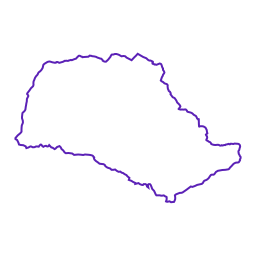 Rusca Montana, Caras-Severin, Romania (Albers equal-area conic projection)
{"feature_id": "2599482B76888345193799", "entity_name": "Rusca Montana", "entity_type": "district", "adm_level": 2, "iso_a3": "ROU", "parent_name": "Romania", "parent_adm1": "Caras-Severin", "projection": "albers", "projection_center": [22.446, 45.608], "detail": "fine", "context": "isolated", "style": "outline", "palette": "violet", "viewbox_px": 256, "rotation_deg": 0, "n_neighbors": 0, "source": "geoboundaries", "source_scale": "gbopen_adm2", "svg_char_len": 5730}
<svg xmlns="http://www.w3.org/2000/svg" viewBox="0 0 256 256"><path d="M197.2,184.9L201.8,183.9L203.1,182.7L203.6,181.5L204.4,180.7L206.5,179.9L207.5,179.2L208.4,178.4L208.7,178.1L210.1,176.0L210.9,175.0L211.7,174.7L213.6,174.7L214.4,174.1L216.0,171.9L217.9,170.8L222.3,170.0L225.4,169.8L228.4,169.3L229.3,168.7L229.8,167.8L231.6,166.0L233.5,163.9L234.1,163.5L235.4,162.8L236.2,162.6L238.0,162.5L238.8,162.2L239.4,161.3L240.0,160.3L239.9,160.0L239.9,159.4L240.4,158.7L240.6,157.9L240.6,157.3L240.5,156.7L239.8,155.9L239.5,155.0L238.7,153.7L238.7,152.9L238.4,151.9L238.5,151.2L238.7,150.6L239.1,150.2L239.3,149.7L239.6,148.3L240.1,146.8L240.1,146.2L239.9,145.2L239.3,144.5L239.0,144.2L238.7,144.0L237.9,143.8L236.3,143.7L234.9,143.6L234.4,143.6L233.5,144.0L230.8,143.7L230.5,143.8L230.2,144.2L229.3,144.3L229.0,144.1L228.8,143.9L228.5,143.9L226.9,144.4L225.7,144.6L225.3,145.0L225.1,145.1L224.5,145.0L223.9,145.1L222.6,145.5L221.7,145.2L221.0,145.6L220.4,145.6L219.8,145.5L218.8,144.9L217.9,144.8L217.5,144.8L215.4,145.0L214.0,144.9L213.1,144.7L211.4,144.1L211.2,143.9L210.7,142.8L210.3,142.4L209.7,142.0L208.8,141.7L208.2,141.2L207.6,140.8L206.9,140.5L206.6,140.3L206.3,140.0L206.3,139.8L206.7,138.9L207.1,138.1L207.2,137.7L207.0,136.4L206.6,136.0L206.5,135.6L206.0,135.0L205.9,134.6L206.1,134.4L207.1,133.6L207.3,133.4L207.4,133.2L207.1,132.7L206.7,130.1L206.5,129.5L206.0,128.7L205.7,128.0L205.4,127.6L204.6,127.1L203.8,126.6L202.8,126.3L201.0,126.2L200.0,126.3L199.3,126.6L199.1,126.5L198.9,124.2L198.8,120.5L198.8,120.2L198.5,119.9L198.8,119.3L198.8,119.2L198.5,119.1L197.8,119.0L197.4,118.8L197.1,118.4L196.6,117.2L196.1,116.3L195.9,116.0L193.6,114.7L192.8,113.8L191.9,113.1L190.8,112.6L189.7,112.3L188.3,112.0L187.5,111.7L187.2,111.5L186.9,110.6L185.8,109.5L185.1,109.4L183.9,109.6L181.5,109.5L180.6,109.6L178.8,109.1L178.7,109.0L178.8,108.9L179.1,108.6L179.4,107.9L180.1,107.0L180.4,106.4L180.3,106.1L179.9,105.3L178.6,103.8L177.5,102.8L177.1,102.3L176.3,100.5L175.7,99.6L174.9,98.5L174.5,98.0L172.7,97.2L171.0,94.9L170.5,94.3L170.5,94.1L170.7,93.6L170.7,93.2L169.9,91.7L169.2,91.3L168.7,90.8L168.3,89.5L167.9,88.9L167.8,88.1L167.6,86.5L167.6,86.1L167.7,85.3L167.6,85.0L166.8,84.1L164.9,83.5L164.4,83.3L163.3,82.2L161.7,81.3L161.3,81.0L160.8,80.5L160.9,80.2L161.9,77.2L162.6,76.1L163.1,74.6L163.4,74.2L163.8,73.7L164.0,73.5L164.4,72.5L164.2,71.9L163.7,70.8L163.0,69.9L163.0,69.2L163.0,68.4L162.4,67.7L162.3,67.3L162.0,66.5L161.7,65.4L161.2,64.2L160.6,63.8L160.0,63.6L159.7,63.5L156.7,64.7L156.2,64.8L154.9,64.3L154.7,64.3L154.5,64.5L154.4,64.5L153.5,63.9L153.1,63.8L152.7,63.8L152.5,63.6L152.4,62.8L152.5,62.7L152.9,62.4L152.9,61.8L152.8,61.7L152.6,61.5L150.4,60.5L150.0,60.5L149.6,60.6L148.5,60.2L147.4,59.3L146.6,58.5L146.0,58.1L143.2,57.0L137.7,53.8L135.8,55.9L134.5,57.1L131.6,60.2L126.4,57.5L125.7,56.7L125.2,56.3L124.2,56.1L123.4,56.0L121.5,56.3L119.1,54.9L118.1,54.5L116.4,54.0L115.7,54.0L114.9,54.0L113.4,54.5L112.9,54.5L112.0,54.5L111.6,54.7L110.8,55.9L110.5,56.7L108.2,59.6L106.2,61.5L105.9,61.7L105.3,61.7L104.2,61.5L102.9,60.8L102.7,60.7L102.5,59.9L101.9,59.3L101.0,58.6L100.4,58.6L100.0,58.5L98.5,57.9L97.4,57.6L96.6,57.1L95.9,56.8L94.1,56.4L92.1,56.2L91.6,55.9L90.9,55.9L90.4,55.7L89.7,55.6L88.4,56.7L84.0,57.0L82.4,57.2L82.0,56.7L81.5,56.6L81.1,56.5L80.1,55.9L79.1,55.7L78.6,55.9L77.4,57.1L76.8,57.7L76.2,58.5L75.8,58.7L74.2,59.2L71.8,60.2L71.0,59.9L69.7,60.3L69.0,60.4L68.6,60.7L68.0,60.9L67.4,60.9L66.1,60.7L65.3,60.9L64.4,60.9L63.7,61.5L62.6,61.9L59.4,62.8L58.5,62.5L57.8,62.1L57.2,62.0L56.4,62.1L56.2,62.5L55.1,62.8L52.4,62.3L50.8,61.8L49.7,61.5L48.2,61.7L47.2,62.1L44.9,63.5L44.3,63.9L43.4,64.8L43.2,65.5L42.8,67.3L42.6,68.0L41.7,69.5L41.1,70.3L40.4,71.0L39.9,71.5L39.0,72.1L38.5,72.6L37.9,73.7L37.7,74.4L37.3,74.9L36.0,76.3L35.0,77.9L34.1,80.3L33.6,81.3L33.4,83.0L33.5,84.7L33.3,85.6L33.1,86.1L32.4,86.9L31.7,87.5L30.9,88.3L29.5,90.4L27.5,93.0L27.2,93.5L27.1,94.0L28.2,95.4L28.3,96.1L28.1,96.6L27.5,97.7L26.9,99.0L26.8,101.4L26.3,103.6L26.0,105.7L25.8,106.5L25.4,109.5L25.2,110.0L24.3,111.3L22.6,112.8L22.4,113.4L22.0,116.9L22.0,118.2L22.8,120.7L22.9,122.0L22.9,122.6L22.7,123.3L21.8,125.4L21.6,127.4L21.5,129.3L21.5,130.2L21.5,131.7L21.1,132.3L20.1,133.4L17.7,135.4L15.4,138.1L15.5,139.1L17.1,140.0L18.4,142.6L19.0,144.5L20.7,145.0L23.3,145.2L25.7,146.4L26.4,148.1L28.4,147.5L30.2,146.5L30.9,146.4L32.9,147.3L34.8,147.1L35.6,146.6L36.9,146.4L38.7,146.7L39.5,145.6L40.5,144.6L41.3,144.7L42.5,146.3L43.4,146.8L44.3,146.2L46.0,145.8L47.2,146.5L48.5,146.2L49.2,145.1L50.4,146.4L51.3,147.4L52.6,147.7L54.6,149.1L55.5,148.6L57.1,147.0L59.5,146.1L60.7,147.3L61.6,149.1L63.2,150.4L64.6,152.4L65.8,153.2L68.5,153.0L72.2,153.5L74.1,154.9L78.2,154.5L80.7,154.7L83.2,155.0L85.0,154.5L88.8,154.8L90.3,155.0L92.0,155.4L92.8,155.8L94.0,157.2L93.7,157.4L94.4,159.5L96.0,161.1L97.8,162.3L99.5,163.7L103.6,164.2L104.9,165.1L105.4,166.2L107.4,167.6L110.2,168.5L111.5,169.8L113.3,169.8L115.1,169.5L116.5,170.6L117.2,171.1L118.6,171.8L120.4,171.6L121.5,172.6L123.2,173.1L124.5,174.1L126.5,175.1L127.4,176.3L129.4,177.9L128.8,179.9L131.3,180.8L133.2,182.0L135.4,183.0L135.3,183.9L138.5,183.1L139.8,184.1L141.5,184.8L142.9,185.0L143.7,184.1L145.5,184.1L146.6,184.9L147.0,186.5L148.3,187.5L148.0,186.1L147.9,184.7L148.9,184.1L150.0,184.2L150.7,185.0L151.5,186.9L152.2,188.9L154.1,190.9L155.8,194.6L156.4,195.3L158.0,195.3L159.8,195.3L160.7,195.6L161.9,195.7L163.8,195.4L165.1,196.3L166.5,196.9L166.7,197.8L166.6,199.5L166.5,200.1L166.3,200.8L166.1,201.0L166.0,201.4L167.1,201.8L169.6,201.3L171.0,202.2L174.0,201.9L174.7,200.5L175.2,199.0L175.2,197.2L174.9,195.3L176.1,194.3L179.7,192.9L181.0,192.9L182.5,192.5L186.7,189.6L190.8,186.5L192.4,186.9L194.9,186.0L197.2,184.9Z" fill="none" stroke="#5b21b6" stroke-width="2"/></svg>